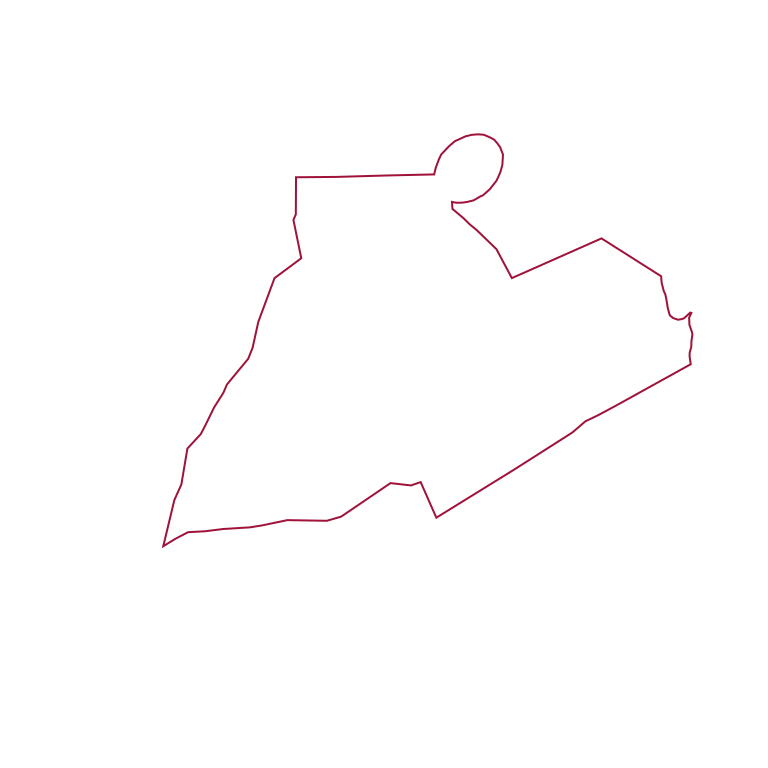 Selibabi, Guidimaka, Mauritania, rotated 224°
{"feature_id": "47542326B53880541156854", "entity_name": "Selibabi", "entity_type": "district", "adm_level": 2, "iso_a3": "MRT", "parent_name": "Mauritania", "parent_adm1": "Guidimaka", "projection": "equal_earth", "projection_center": [-12.373, 15.469], "detail": "fine", "context": "isolated", "style": "outline", "palette": "rose", "viewbox_px": 768, "rotation_deg": 224, "n_neighbors": 0, "source": "geoboundaries", "source_scale": "gbopen_adm2", "svg_char_len": 1414}
<svg xmlns="http://www.w3.org/2000/svg" viewBox="0 0 768 768"><g transform="rotate(224 384 384)"><path d="M590.9,471.6L565.3,444.8L563.1,439.1L530.9,417.0L536.3,384.1L517.6,341.4L503.7,318.8L499.2,307.8L498.0,291.7L496.6,274.4L493.5,266.3L489.9,249.0L484.1,231.1L481.0,220.7L480.6,201.0L460.0,171.0L454.2,154.9L430.1,114.0L426.5,127.9L422.0,141.3L410.4,153.8L399.1,167.8L380.9,187.7L373.4,197.7L359.0,218.9L330.1,245.9L322.7,258.8L310.5,317.2L294.1,329.8L289.5,338.9L253.5,324.2L231.8,409.4L229.4,419.2L214.8,480.1L213.2,497.1L208.3,510.3L202.6,528.0L177.1,611.3L183.4,616.2L185.9,618.9L188.7,624.1L192.7,628.5L196.5,633.8L198.5,635.2L203.0,637.5L205.5,638.8L208.8,642.0L210.5,643.5L212.3,648.6L213.3,648.1L213.7,641.3L213.9,639.4L215.0,637.4L217.1,634.5L221.1,632.6L222.4,632.1L223.9,632.2L225.4,631.9L227.0,632.4L232.5,635.7L235.6,638.0L240.5,641.6L243.9,643.9L247.3,645.2L254.5,649.6L259.5,654.0L328.7,639.8L365.6,549.0L396.8,559.1L424.8,559.1L433.0,558.4L441.8,558.5L456.4,557.5L461.6,562.2L458.0,564.5L453.8,568.7L450.6,572.8L447.1,578.4L444.8,586.6L443.9,588.3L443.2,597.7L444.3,608.3L445.5,612.0L447.6,617.5L451.1,623.9L457.8,631.7L464.9,635.0L469.9,635.9L474.5,636.3L479.4,634.9L485.4,632.6L489.7,629.0L493.9,624.3L497.4,618.8L499.9,612.4L501.7,607.9L502.4,600.4L502.3,588.9L500.6,583.8L497.0,575.5L493.5,569.6L525.9,536.9L562.0,500.0L590.9,471.6Z" fill="none" stroke="#9f1239" stroke-width="2"/></g></svg>